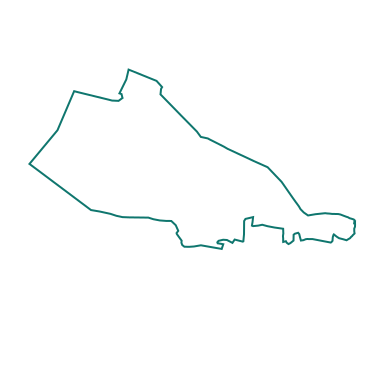 the district of Al-Salhiyya, Ash Sharqiyah, Egypt, rotated 217°
{"feature_id": "37247803B28046922888397", "entity_name": "Al-Salhiyya", "entity_type": "district", "adm_level": 2, "iso_a3": "EGY", "parent_name": "Egypt", "parent_adm1": "Ash Sharqiyah", "projection": "natural_earth1", "projection_center": [31.874, 30.638], "detail": "fine", "context": "isolated", "style": "outline", "palette": "teal", "viewbox_px": 384, "rotation_deg": 217, "n_neighbors": 0, "source": "geoboundaries", "source_scale": "gbopen_adm2", "svg_char_len": 2110}
<svg xmlns="http://www.w3.org/2000/svg" viewBox="0 0 384 384"><g transform="rotate(217 192 192)"><path d="M72.9,255.2L80.0,248.6L85.2,243.1L90.4,242.9L95.0,243.6L97.6,244.7L97.8,244.8L102.0,246.1L102.8,246.3L108.2,248.0L126.5,254.0L146.5,257.3L161.3,253.9L173.8,251.3L175.5,250.9L189.6,247.9L193.9,247.4L203.4,245.7L209.4,244.6L211.6,244.3L218.1,241.3L222.8,242.7L224.4,243.2L246.6,246.5L275.9,251.0L278.7,255.6L278.9,256.8L279.0,257.3L279.0,257.8L287.2,259.4L316.3,251.6L314.2,246.9L313.3,244.8L312.4,242.8L312.3,242.5L312.2,242.3L309.3,227.1L308.7,227.3L307.2,227.8L306.5,227.2L306.1,226.9L304.3,225.4L304.1,225.3L305.5,220.6L310.9,216.9L313.6,215.8L344.3,202.6L346.8,201.6L341.4,179.8L337.4,163.6L336.6,160.4L338.7,116.6L261.8,116.8L253.9,120.9L243.9,125.5L238.0,127.5L236.3,128.3L235.9,128.5L232.4,130.1L226.8,134.0L217.0,141.2L211.4,145.3L206.5,147.0L200.6,149.9L195.0,153.5L191.1,156.4L185.0,155.7L179.6,152.7L179.6,149.9L178.8,149.3L175.6,148.3L171.0,146.9L169.9,145.1L167.9,143.8L165.2,143.7L161.4,146.4L157.6,149.7L152.8,154.8L134.0,164.4L135.6,169.1L138.0,167.9L140.6,166.5L141.5,167.1L141.4,169.0L138.4,172.6L135.2,174.7L129.1,175.7L129.3,179.7L122.1,182.7L121.6,182.9L121.3,183.5L125.0,189.5L132.9,200.2L133.1,202.7L128.1,208.7L125.5,204.3L123.9,201.2L123.0,201.4L122.7,201.5L118.8,205.1L116.2,208.1L111.2,210.1L104.7,213.3L97.1,217.5L96.5,216.8L94.5,214.3L94.2,214.0L92.8,211.5L91.1,209.6L89.7,207.7L89.1,207.0L87.4,209.2L85.9,208.5L83.6,208.5L82.7,210.3L81.7,214.3L85.1,219.0L84.8,220.5L82.7,223.3L81.0,222.9L78.7,221.0L75.8,218.8L74.0,220.6L72.8,222.7L71.6,223.9L70.2,224.8L67.5,226.9L50.8,235.1L50.5,235.7L50.4,237.6L51.6,239.4L52.4,240.7L53.2,242.9L53.2,243.5L49.7,243.4L46.8,243.6L42.7,245.3L39.5,246.5L38.9,248.1L38.0,250.2L37.9,252.0L37.8,252.4L37.6,253.0L37.6,254.2L37.2,256.7L37.5,257.0L38.3,257.8L38.7,258.2L40.4,260.4L40.9,262.3L42.0,263.9L43.2,265.4L43.7,266.1L44.0,265.2L45.2,267.3L46.3,267.4L47.2,267.1L48.9,266.5L50.4,265.9L52.2,265.7L53.9,265.1L57.3,264.1L59.8,263.4L61.8,262.5L67.1,258.7L69.2,257.5L71.0,256.3L72.9,255.2Z" fill="none" stroke="#0f766e" stroke-width="2"/></g></svg>